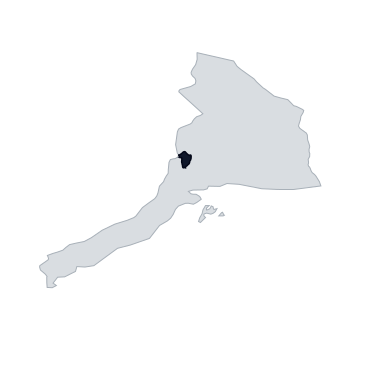 May Aini, Debub, Eritrea shown in context, rotated 109°
{"feature_id": "51966322B38754897924097", "entity_name": "May Aini", "entity_type": "district", "adm_level": 2, "iso_a3": "ERI", "parent_name": "Eritrea", "parent_adm1": "Debub", "projection": "mercator", "projection_center": [39.05, 14.783], "detail": "fine", "context": "in_parent", "style": "filled", "palette": "ink", "viewbox_px": 384, "rotation_deg": 109, "n_neighbors": 0, "source": "geoboundaries", "source_scale": "gbopen_adm2", "svg_char_len": 5057}
<svg xmlns="http://www.w3.org/2000/svg" viewBox="0 0 384 384"><g transform="rotate(109 192 192)"><path d="M58.6,232.5L57.3,220.3L56.4,212.1L55.5,203.5L54.6,195.3L58.5,190.3L60.3,185.5L64.9,170.0L66.8,166.9L70.5,158.5L71.0,156.1L74.6,145.6L74.2,138.6L73.5,131.5L75.5,127.4L77.3,124.0L77.1,121.2L77.9,114.6L78.5,112.9L80.7,112.8L85.1,113.7L88.3,113.0L92.1,113.0L95.0,112.8L96.7,110.8L99.1,103.0L100.6,101.5L101.8,101.0L105.1,99.6L108.0,97.3L110.3,95.7L111.1,95.4L113.6,95.2L116.0,94.3L117.2,93.2L120.2,92.3L123.3,92.8L125.3,91.8L126.7,91.2L128.2,91.2L129.6,90.3L130.2,88.9L131.1,88.0L133.5,86.0L134.6,84.6L135.1,83.1L135.5,81.9L136.6,80.0L140.7,75.0L144.3,72.1L156.7,97.1L161.7,111.8L166.2,127.1L169.4,150.0L172.6,161.7L177.6,167.4L181.1,178.3L184.1,178.7L186.2,181.7L189.9,191.8L192.6,195.6L194.0,192.4L193.8,190.5L192.8,187.3L193.7,183.3L195.8,180.9L200.5,184.2L203.1,186.7L203.8,191.7L204.8,194.5L209.8,200.3L213.9,202.0L219.3,202.5L223.8,203.7L227.4,205.9L234.2,211.8L249.7,217.1L262.2,233.0L269.5,244.1L293.6,260.8L297.8,268.8L300.0,276.6L305.0,276.3L313.7,284.8L316.3,291.3L323.4,293.7L324.6,289.8L328.0,293.0L329.4,297.9L324.9,299.8L319.8,301.6L319.1,301.5L317.5,303.8L315.1,309.9L312.5,311.7L311.1,311.9L303.2,306.1L302.0,305.8L300.3,306.9L299.1,308.1L295.5,303.7L292.8,299.9L289.1,295.2L285.5,293.2L281.6,290.6L277.8,284.5L273.9,277.8L268.1,272.4L257.4,264.5L247.5,254.5L239.9,244.1L235.1,238.6L233.0,237.2L222.9,233.8L215.9,229.0L210.5,225.1L207.2,224.0L203.9,223.9L197.1,224.7L191.4,222.2L189.0,222.2L185.1,221.5L182.1,220.6L178.6,221.7L171.4,223.4L168.4,223.0L166.8,220.6L165.9,218.7L163.3,216.7L161.3,216.7L160.1,218.5L152.6,222.9L139.9,225.4L136.9,225.2L134.7,223.4L128.3,215.8L126.5,214.6L125.0,214.5L122.1,213.6L119.3,212.1L116.9,209.0L114.5,207.2L111.8,213.3L107.2,224.0L104.8,229.7L101.6,237.0L100.6,237.3L99.0,236.7L92.7,227.6L88.7,224.1L85.7,224.5L83.6,226.1L82.2,229.2L80.7,231.1L79.1,231.8L75.7,231.5L70.4,230.0L64.9,230.3L59.3,232.4L58.6,232.5ZM207.2,171.3L208.9,173.5L210.1,173.3L211.0,172.6L211.7,170.9L218.1,174.1L217.8,176.2L213.9,176.3L209.4,175.4L205.3,175.8L200.4,174.8L199.2,171.3L202.4,173.0L204.0,172.6L204.3,172.1L202.0,169.7L198.9,169.2L199.1,167.3L200.5,166.5L201.4,165.6L199.6,163.0L203.1,163.6L205.4,165.2L206.8,167.0L207.2,171.3ZM204.5,154.8L205.9,158.9L201.9,157.3L201.2,156.5L203.0,154.8L203.4,153.8L204.5,154.8Z" fill="#d9dde1" stroke="#a8b0b8" stroke-width="1"/><path d="M171.2,206.0L170.9,206.1L170.4,206.2L170.2,206.2L169.8,206.1L169.7,206.1L169.6,205.9L169.4,205.8L169.2,205.6L169.0,205.4L168.8,205.4L168.7,205.3L168.6,205.2L168.4,205.1L168.1,205.0L167.8,204.9L167.6,204.7L167.4,204.6L167.2,204.5L167.1,204.4L166.9,204.3L166.8,204.2L166.6,204.2L166.4,204.1L166.2,204.0L165.9,204.0L165.8,203.9L165.4,203.9L164.9,203.9L164.7,203.9L164.5,204.0L164.3,204.0L164.2,204.0L163.9,204.1L163.7,204.1L163.3,204.1L163.2,204.1L162.7,203.9L162.4,203.8L162.1,203.8L161.8,203.8L161.7,203.8L161.3,203.8L161.2,203.8L160.9,203.8L160.7,203.9L160.4,203.9L160.4,204.0L160.2,204.1L159.9,204.0L159.7,204.1L159.7,204.3L159.5,204.5L159.4,204.4L159.2,204.4L158.9,204.3L158.7,204.4L158.5,204.5L158.4,204.5L158.2,204.6L157.9,204.8L157.7,204.9L157.7,205.0L157.6,205.3L157.6,205.5L157.6,205.8L157.8,205.9L157.8,206.0L158.0,206.2L158.1,206.3L158.2,206.5L158.2,206.8L158.2,207.0L158.2,207.3L158.1,207.5L158.0,207.9L157.9,208.0L157.8,208.3L157.7,208.5L157.6,208.8L157.6,209.0L157.4,209.3L157.3,209.5L157.1,209.9L157.1,210.0L156.9,210.3L156.8,210.5L156.7,210.6L156.6,210.8L156.4,211.1L156.3,211.3L156.3,211.5L156.2,211.7L156.2,211.8L156.3,211.9L156.3,212.0L156.3,212.3L156.4,212.5L156.5,212.6L156.6,212.8L156.8,213.0L157.0,213.2L157.1,213.3L157.3,213.4L157.4,213.5L157.6,213.6L157.8,213.7L158.0,213.8L158.3,213.9L158.4,214.0L158.5,214.0L158.8,214.2L159.0,214.3L159.3,214.5L159.5,214.6L159.6,214.8L159.8,215.0L160.3,215.2L160.4,215.3L160.5,215.4L160.5,215.5L160.8,215.7L160.9,215.8L161.0,215.9L161.2,216.0L161.2,216.3L161.2,216.5L161.3,216.5L161.5,216.5L161.5,216.4L161.7,216.2L161.8,216.1L161.9,215.9L162.0,215.8L162.2,215.7L162.3,215.6L162.5,215.5L162.8,215.4L163.0,215.3L163.1,215.2L163.2,215.3L163.2,215.2L163.3,215.1L163.4,214.8L163.4,214.7L163.4,214.4L163.3,214.2L163.2,214.1L163.1,213.9L163.0,213.6L163.0,213.4L162.9,213.2L163.0,213.0L163.0,212.9L163.3,212.8L163.3,212.7L163.6,212.6L163.8,212.5L163.9,212.4L164.2,212.3L164.3,212.3L164.5,212.2L164.8,212.1L165.0,212.1L165.4,212.0L165.5,212.0L165.7,211.9L165.8,211.8L166.0,211.8L166.3,211.8L166.5,211.7L166.8,211.6L167.0,211.5L167.2,211.4L167.3,211.4L167.5,211.3L167.5,211.2L167.8,211.0L167.9,210.9L168.0,210.8L168.2,210.7L168.3,210.7L168.5,210.6L168.9,210.3L169.1,210.3L169.2,210.2L169.3,210.0L169.6,209.9L169.8,209.8L169.9,209.7L170.1,209.6L170.6,209.4L170.8,209.3L170.9,209.2L171.0,209.1L171.3,209.0L171.4,208.9L171.5,208.8L171.7,208.7L171.8,208.6L171.9,208.4L171.9,208.2L171.9,207.9L171.6,207.6L171.6,207.4L171.5,207.2L171.4,207.2L171.3,206.9L171.2,206.8L171.2,206.7L171.3,206.6L171.3,206.4L171.2,206.4L171.2,206.2L171.2,206.0Z" fill="#0f172a" stroke="#020617" stroke-width="1.5"/></g></svg>